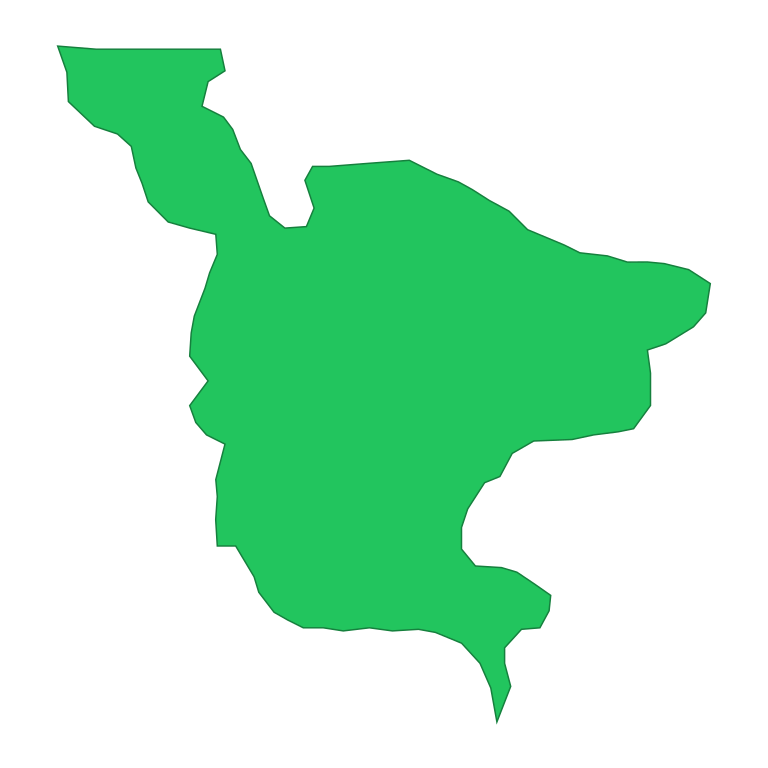 Myrtou, Cyprus (orthographic projection)
{"feature_id": "46923920B74910454629938", "entity_name": "Myrtou", "entity_type": "district", "adm_level": 2, "iso_a3": "CYP", "parent_name": "Cyprus", "parent_adm1": "", "projection": "orthographic", "projection_center": [33.074, 35.32], "detail": "fine", "context": "isolated", "style": "filled", "palette": "green", "viewbox_px": 768, "rotation_deg": 0, "n_neighbors": 0, "source": "geoboundaries", "source_scale": "gbopen_adm2", "svg_char_len": 1425}
<svg xmlns="http://www.w3.org/2000/svg" viewBox="0 0 768 768"><path d="M303.3,627.8L323.3,627.8L343.3,630.9L369.4,627.8L392.4,630.9L418.5,629.3L435.4,632.4L461.6,643.2L480.0,663.3L490.8,688.0L496.9,721.9L510.7,686.4L504.6,663.3L504.6,647.8L521.5,629.3L539.9,627.8L549.1,610.8L550.7,595.4L535.3,584.6L516.9,572.2L501.5,567.6L475.4,566.0L461.5,549.1L461.5,527.5L467.7,508.9L484.6,482.7L499.9,476.5L512.2,453.4L533.7,441.0L572.1,439.5L593.6,434.9L618.2,431.8L633.6,428.7L650.5,405.5L650.5,373.1L647.4,350.0L665.8,343.8L693.5,326.8L705.7,312.9L710.3,283.6L688.8,269.7L664.3,263.6L647.4,262.0L627.4,262.1L607.4,255.9L579.8,252.8L564.4,245.1L527.6,229.7L509.1,211.2L489.2,200.4L472.3,189.6L458.4,181.9L436.9,174.2L409.3,160.3L367.8,163.4L329.4,166.4L312.6,166.4L304.9,180.3L314.1,208.1L306.4,226.6L284.9,228.1L269.5,215.8L263.4,198.8L251.1,163.4L240.4,149.5L232.7,129.4L223.5,117.1L202.0,106.3L208.1,81.6L225.0,70.8L220.4,49.2L195.9,49.2L163.6,49.2L140.6,49.2L114.5,49.2L96.1,49.2L57.7,46.1L66.9,72.3L68.4,101.6L94.5,126.3L117.5,134.0L131.3,146.4L135.9,168.0L142.1,183.4L148.2,201.9L168.2,222.0L189.7,228.1L215.8,234.3L217.3,254.4L209.6,272.9L205.0,288.3L194.3,316.1L191.2,333.0L189.7,356.2L208.1,380.9L189.7,405.6L195.8,422.5L206.5,434.9L225.0,444.1L215.8,479.6L217.3,496.6L215.7,519.7L217.3,546.0L235.7,546.0L254.1,576.8L258.8,592.3L274.1,612.3L287.9,620.1L303.3,627.8Z" fill="#22c55e" stroke="#15803d" stroke-width="1.5"/></svg>